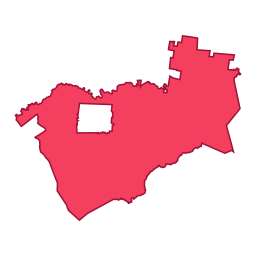 the district of Linares, Nuevo León, Mexico
{"feature_id": "50627088B38143273708345", "entity_name": "Linares", "entity_type": "district", "adm_level": 2, "iso_a3": "MEX", "parent_name": "Mexico", "parent_adm1": "Nuevo León", "projection": "mercator", "projection_center": [-99.477, 24.853], "detail": "fine", "context": "isolated", "style": "filled", "palette": "rose", "viewbox_px": 256, "rotation_deg": 0, "n_neighbors": 0, "source": "geoboundaries", "source_scale": "gbopen_adm2", "svg_char_len": 5718}
<svg xmlns="http://www.w3.org/2000/svg" viewBox="0 0 256 256"><path d="M168.4,49.6L174.1,50.7L172.9,58.1L170.7,57.5L169.4,68.6L176.8,69.8L176.7,70.4L181.1,71.2L179.9,79.6L173.0,78.0L169.9,76.0L168.1,86.7L168.0,86.3L166.4,86.0L165.8,84.2L164.4,84.0L163.2,86.5L164.2,86.7L164.1,87.5L165.4,87.5L165.3,89.4L166.8,89.4L166.7,90.8L167.3,90.9L166.8,92.6L164.5,92.7L163.7,92.5L164.1,90.9L163.4,89.5L163.9,89.5L164.0,88.5L162.3,88.4L161.5,88.0L161.2,87.6L159.9,88.9L158.5,88.5L157.9,88.0L157.8,87.0L157.4,86.4L156.2,86.1L155.9,85.5L154.3,84.4L154.0,83.8L152.9,83.7L151.8,84.1L150.4,83.7L150.1,83.4L150.1,82.7L148.9,82.7L149.0,81.9L148.7,81.6L147.3,81.7L146.9,82.4L145.9,82.7L145.3,83.3L144.3,83.4L144.0,83.9L142.1,84.9L141.2,85.7L140.4,86.9L140.4,85.5L141.2,80.3L137.4,80.4L138.2,85.1L137.3,84.3L136.6,84.1L136.3,86.3L135.6,85.8L134.2,86.2L133.3,86.1L132.3,83.9L130.9,82.5L129.2,82.6L128.4,83.0L127.4,82.6L125.9,82.6L123.9,84.8L123.0,84.4L122.1,84.5L119.8,85.1L119.3,85.0L118.1,85.6L117.1,87.0L117.3,89.5L116.0,91.3L115.8,91.4L113.4,90.2L112.2,90.5L112.0,90.9L112.4,93.2L112.0,93.9L111.1,93.9L108.3,92.1L107.3,92.0L104.6,92.8L104.1,92.4L102.3,89.5L101.7,89.2L101.0,89.4L100.2,90.1L100.0,91.1L100.7,92.9L100.8,94.2L102.4,95.8L102.0,97.3L101.4,97.8L100.7,97.7L99.7,97.2L99.4,96.6L98.7,96.2L97.5,96.8L96.5,96.9L96.1,98.4L95.7,98.8L95.0,98.9L93.7,98.2L93.0,97.2L91.8,96.0L91.5,95.0L92.1,94.0L91.6,93.1L91.1,93.0L90.2,94.0L89.6,93.8L88.7,93.1L88.9,91.6L89.9,90.8L89.5,90.1L88.5,90.1L87.7,92.0L87.0,92.2L85.2,91.4L84.6,90.8L84.2,89.6L84.6,88.5L84.3,87.9L83.9,87.8L83.1,88.2L82.8,89.4L81.9,89.5L80.1,88.1L78.6,88.1L78.1,86.6L75.8,85.7L73.1,86.0L72.1,85.1L69.7,84.3L69.4,84.4L69.2,85.2L69.0,85.3L68.3,84.4L65.9,83.6L65.6,83.9L65.6,84.5L65.2,84.8L64.2,84.8L63.4,84.2L62.7,84.7L61.7,83.2L60.8,84.1L59.2,84.0L58.2,85.1L57.4,85.1L56.7,86.9L55.7,88.2L54.4,89.2L53.0,89.2L52.7,89.5L52.3,90.3L51.7,90.6L52.3,91.3L52.3,92.6L51.5,93.3L50.6,95.8L49.8,96.4L48.5,96.7L47.9,97.3L46.7,97.4L45.8,98.6L44.6,99.1L43.6,99.2L43.4,100.0L42.7,100.4L42.0,102.4L41.3,103.4L40.7,103.6L39.8,103.4L38.9,104.5L37.6,104.4L36.9,104.0L36.8,102.6L35.9,102.3L35.3,102.7L34.6,104.2L34.0,103.9L33.1,104.3L32.8,103.6L32.3,103.4L31.9,103.9L31.4,103.8L31.1,104.2L30.2,104.6L30.1,105.3L29.3,104.7L28.3,104.8L28.3,105.4L28.8,106.6L27.0,107.4L26.8,107.9L27.0,108.9L27.8,108.7L28.4,109.7L26.4,110.0L25.7,109.7L25.2,110.0L24.8,109.1L23.5,108.7L23.5,109.3L23.2,109.6L22.6,109.2L22.2,109.5L21.7,109.1L21.7,110.1L21.3,110.3L20.9,111.3L22.4,113.3L22.4,113.6L21.9,113.9L22.0,114.3L19.8,115.1L19.5,115.0L18.8,115.7L17.8,115.4L16.7,114.6L16.6,115.2L15.8,115.0L15.4,115.3L16.9,117.8L16.5,118.2L16.2,120.0L17.0,120.7L21.3,126.4L37.1,114.2L38.3,117.5L37.8,118.1L38.2,120.6L37.8,123.4L40.7,125.6L44.4,127.8L45.6,129.0L45.5,130.4L43.3,132.2L35.1,137.3L35.6,138.0L38.1,138.9L40.0,141.2L39.6,142.1L40.0,144.9L39.6,145.5L39.9,148.9L40.7,152.0L44.3,155.1L46.1,158.1L47.8,159.6L48.6,161.0L49.7,162.0L49.6,162.3L51.3,167.2L57.5,183.2L57.2,190.9L66.7,205.2L67.4,208.0L68.5,209.5L68.4,210.3L79.4,220.2L87.3,213.5L113.9,199.1L115.7,199.5L117.4,199.1L118.1,199.9L118.6,200.1L120.6,198.5L120.6,199.1L122.3,199.2L122.7,198.7L123.3,198.8L123.9,199.8L125.0,199.9L125.4,200.7L128.5,202.2L128.6,202.5L128.2,203.0L128.6,203.4L129.3,203.0L129.7,202.2L130.6,202.5L131.6,202.0L131.2,201.3L131.9,200.3L131.2,198.6L132.0,197.9L133.4,197.8L133.8,198.2L133.6,198.9L133.9,199.1L134.4,198.8L134.5,198.1L136.1,197.4L136.7,196.3L138.8,195.6L141.0,195.4L142.1,194.5L143.2,194.2L144.0,193.5L144.7,193.3L145.1,191.2L145.7,190.3L145.1,189.4L145.2,188.3L144.7,187.2L144.7,185.9L144.4,185.7L144.6,182.5L144.4,181.7L144.6,181.7L144.6,181.1L145.0,180.1L146.2,179.0L146.6,177.3L147.0,176.7L146.7,176.3L146.8,176.0L147.9,175.3L148.2,174.3L148.8,174.2L149.0,173.5L149.5,173.2L149.6,172.7L151.0,171.7L150.8,171.4L151.5,171.3L152.7,170.7L153.8,169.1L154.4,169.1L155.7,168.1L155.9,167.6L157.0,167.5L157.8,166.5L158.4,166.5L158.3,165.8L159.1,165.3L160.6,167.0L161.1,166.9L162.3,167.5L162.5,167.1L163.9,167.3L165.0,166.7L165.5,166.0L166.1,163.9L168.4,164.4L169.7,164.1L170.2,164.7L170.7,164.6L171.6,164.1L171.6,163.8L172.4,163.8L173.2,163.0L174.3,163.2L175.5,163.0L176.2,162.2L176.5,161.4L177.6,160.8L177.5,159.9L177.7,159.7L178.1,158.0L178.7,157.6L179.1,156.3L180.1,155.9L180.3,155.1L181.5,155.1L181.8,154.1L182.5,153.2L184.1,152.9L185.3,153.2L186.5,152.7L187.2,152.9L187.6,152.6L189.7,152.5L191.0,151.7L191.6,151.8L192.4,151.2L192.4,150.8L192.7,150.8L192.9,149.9L193.3,149.8L193.6,149.2L195.5,147.6L196.3,147.7L197.5,148.4L198.6,146.9L199.5,147.1L200.4,146.3L201.3,146.3L201.3,145.0L201.8,144.2L201.9,143.2L224.9,153.2L231.6,150.4L233.5,151.8L226.4,125.5L240.0,108.7L233.8,79.2L234.3,78.8L234.5,77.3L236.4,76.7L236.7,76.1L236.4,75.4L236.6,75.1L237.4,74.8L238.3,73.7L238.7,73.7L238.9,74.3L239.7,74.8L240.5,74.4L240.6,74.0L238.7,72.0L238.5,71.3L238.9,70.2L238.9,69.3L237.6,68.3L237.0,68.2L236.3,68.6L236.3,69.8L235.7,70.2L233.6,69.3L233.3,70.2L231.1,69.7L231.0,70.0L227.9,69.4L229.4,59.9L233.2,60.2L234.4,54.9L214.0,53.2L213.4,56.8L209.1,56.5L210.1,50.7L197.0,49.9L197.6,38.1L193.9,37.4L182.6,35.8L181.5,42.5L178.0,42.0L177.2,46.3L173.7,45.9L174.5,41.6L172.8,41.4L172.7,41.8L169.8,41.4L168.4,49.6ZM79.5,103.4L112.1,104.6L111.4,111.0L112.0,111.9L112.7,112.0L112.7,117.8L111.6,117.6L111.3,123.0L113.8,123.8L113.7,125.2L112.3,125.2L112.1,131.2L109.4,131.1L109.3,132.8L107.5,132.8L107.5,133.4L106.6,133.7L105.4,133.4L105.4,132.6L105.0,132.4L104.3,132.3L103.7,132.8L102.6,131.9L101.4,133.2L100.3,132.8L99.1,133.2L98.4,132.7L97.7,133.6L97.4,133.5L97.5,132.8L77.0,132.9L76.5,124.7L77.3,124.8L77.2,120.8L78.0,120.6L77.4,120.2L76.9,118.4L78.3,118.1L77.4,114.6L78.0,114.9L79.5,103.4Z" fill="#f43f5e" stroke="#9f1239" stroke-width="1.5"/></svg>